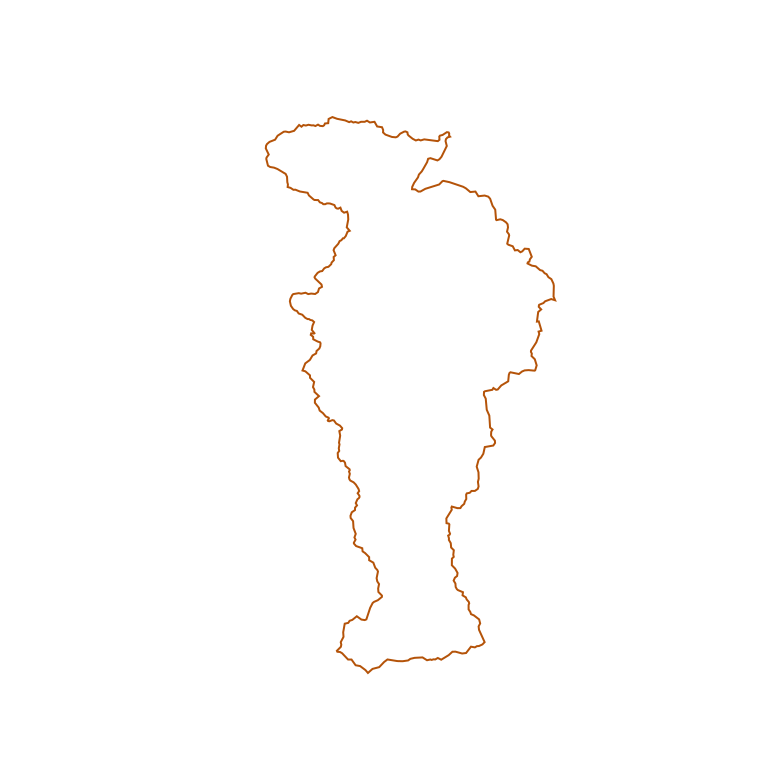 outline of Mae Tha, Lamphun, Thailand, rotated 132°
{"feature_id": "78962969B72300277580274", "entity_name": "Mae Tha", "entity_type": "district", "adm_level": 2, "iso_a3": "THA", "parent_name": "Thailand", "parent_adm1": "Lamphun", "projection": "albers", "projection_center": [99.085, 18.376], "detail": "fine", "context": "isolated", "style": "outline", "palette": "amber", "viewbox_px": 768, "rotation_deg": 132, "n_neighbors": 0, "source": "geoboundaries", "source_scale": "gbopen_adm2", "svg_char_len": 6166}
<svg xmlns="http://www.w3.org/2000/svg" viewBox="0 0 768 768"><g transform="rotate(132 384 384)"><path d="M248.3,620.4L256.0,620.2L260.5,623.0L262.2,626.0L263.6,627.3L270.7,629.2L275.3,628.4L280.7,631.1L284.0,631.5L285.8,631.1L288.0,629.5L290.6,623.2L294.3,622.8L295.5,622.1L299.4,616.3L298.9,613.8L296.8,610.5L295.5,607.0L293.7,597.6L294.9,594.7L298.7,590.9L300.0,588.9L302.1,587.4L300.8,584.7L300.3,581.3L298.9,579.9L297.2,575.3L293.0,568.7L294.1,566.0L294.0,559.7L293.7,558.7L291.4,556.0L291.9,553.2L291.0,551.1L291.0,549.4L289.7,548.0L288.0,547.3L286.1,545.1L284.2,540.6L285.3,538.0L285.1,536.5L284.4,535.4L282.1,534.4L283.7,531.3L283.4,528.3L280.6,526.7L282.2,524.1L285.6,520.7L292.5,516.5L293.1,512.0L295.2,513.0L299.7,511.4L302.6,511.3L303.2,512.0L305.7,511.9L307.5,512.6L310.4,511.8L316.3,511.8L318.3,511.0L320.7,506.1L323.3,506.4L325.5,504.1L328.8,504.2L330.3,503.4L334.1,503.7L336.1,505.2L338.1,505.8L341.4,505.5L343.2,506.9L345.8,507.7L350.5,507.4L351.3,506.9L351.7,505.4L351.9,497.0L353.3,495.1L356.5,496.2L359.9,494.6L363.2,495.4L365.5,498.6L367.9,500.5L368.7,503.4L372.3,506.0L373.5,508.1L377.9,511.6L379.2,511.7L383.3,510.6L385.5,509.3L388.2,505.5L389.1,501.6L388.9,499.5L388.0,497.6L388.7,494.6L387.2,491.1L387.5,486.8L386.9,484.3L385.9,483.1L385.7,481.6L384.7,479.8L384.7,477.4L388.4,476.2L392.1,473.9L392.8,469.7L393.4,469.8L395.1,472.0L396.5,471.3L396.3,468.3L398.1,466.5L396.8,461.6L395.8,459.4L396.2,458.4L398.6,456.6L400.9,455.8L404.6,456.2L406.7,454.9L410.6,456.2L415.7,455.2L421.4,456.3L428.5,453.6L427.2,450.9L427.1,444.8L428.9,443.1L429.2,437.3L433.8,434.7L434.7,432.1L436.4,430.4L436.5,424.2L441.8,424.9L444.2,422.8L445.2,416.8L446.8,414.0L446.5,409.9L447.1,405.6L446.1,402.6L446.5,401.9L448.7,401.4L448.9,400.7L448.2,399.6L445.4,398.2L444.6,396.8L445.4,393.1L444.4,388.9L444.8,385.5L446.0,384.8L448.9,385.7L451.7,382.0L457.8,378.1L458.6,376.7L462.0,374.6L463.7,372.5L466.3,372.2L469.5,368.9L470.3,364.5L468.5,363.1L468.2,362.1L468.6,360.3L470.7,357.6L470.4,352.6L470.9,351.8L472.5,351.4L473.6,349.3L476.9,347.5L478.0,345.8L478.3,344.4L477.4,340.8L477.6,337.7L479.0,332.8L480.2,330.8L482.8,330.5L483.5,327.5L484.3,326.6L485.6,326.3L487.5,326.6L491.4,325.3L492.3,322.8L495.2,322.8L497.1,321.2L500.9,322.1L504.4,320.7L505.9,319.1L506.6,315.2L511.4,310.3L514.3,304.7L517.8,303.3L518.7,301.0L522.1,300.2L522.7,299.6L523.1,296.3L520.6,290.3L522.7,287.9L522.3,285.0L522.6,279.2L524.9,277.1L523.9,272.4L526.4,267.6L526.7,264.5L527.4,263.0L533.2,259.6L535.2,256.9L536.0,253.8L539.9,251.5L542.3,249.0L542.6,244.0L543.6,243.1L548.8,243.9L552.5,245.6L554.3,245.9L559.6,244.5L570.7,239.6L572.3,240.3L574.2,243.2L574.8,248.8L580.5,249.7L583.0,251.1L585.4,250.7L588.4,252.8L595.8,248.2L599.0,244.9L604.8,243.4L606.3,241.3L608.2,240.2L613.8,240.5L614.2,239.5L612.6,237.4L612.1,235.0L612.8,226.3L610.5,223.8L612.0,216.9L609.6,213.0L609.0,206.3L609.5,202.6L603.4,201.9L597.6,198.1L590.5,197.9L586.4,197.1L581.0,188.7L577.6,184.7L573.3,181.1L570.6,180.5L567.0,178.0L561.4,172.4L560.5,167.2L557.7,165.2L557.2,164.0L555.5,163.0L554.4,161.6L551.6,160.7L550.6,157.0L542.2,154.5L537.2,154.0L535.1,151.8L532.0,145.6L529.0,143.0L521.0,143.6L518.9,140.2L516.6,139.5L515.2,138.1L511.7,136.6L508.5,136.5L503.1,148.9L500.8,151.5L497.6,152.3L495.3,155.8L495.8,162.4L496.8,165.3L495.6,167.5L494.9,170.3L491.6,173.3L490.0,173.9L489.2,175.2L488.8,178.4L487.8,180.4L488.5,184.2L485.9,186.0L487.7,191.2L487.7,192.6L486.9,194.9L484.5,197.4L483.5,200.7L480.5,201.7L477.8,201.2L475.2,202.9L473.6,207.6L473.3,212.3L468.3,216.7L465.8,216.5L464.6,218.2L460.8,220.9L460.6,224.7L457.6,227.9L456.5,231.4L455.1,232.6L453.7,234.9L452.0,234.4L451.1,234.7L449.7,237.5L444.6,241.5L444.4,242.4L445.6,244.4L442.2,247.7L432.1,249.5L430.8,251.2L429.7,251.6L427.1,246.3L425.1,244.2L422.9,244.6L419.4,244.2L417.3,245.3L414.4,245.9L411.3,248.9L409.9,249.3L407.5,247.5L404.9,247.4L402.6,244.9L399.2,244.1L396.8,245.2L393.9,248.7L391.1,250.2L386.4,254.7L383.4,259.8L377.0,263.0L373.8,262.7L369.4,263.5L363.4,266.9L356.6,261.6L353.5,262.0L351.9,263.7L351.0,269.2L350.4,270.2L347.7,272.4L345.2,272.9L345.4,276.0L337.0,284.6L334.4,290.4L326.8,298.6L325.4,302.4L322.9,304.4L321.8,304.1L315.8,299.6L313.8,300.0L313.3,296.8L312.0,295.8L306.6,295.9L298.9,293.5L293.6,297.4L291.8,298.1L290.7,297.9L286.3,290.4L282.4,289.8L279.8,288.6L276.9,285.8L273.4,281.1L272.7,280.8L268.0,283.0L264.7,288.5L264.5,293.1L262.5,294.5L261.8,296.3L260.8,297.1L251.1,298.7L243.0,302.0L241.6,304.2L239.0,302.6L233.9,310.9L235.3,312.1L227.3,317.6L223.4,317.1L223.1,320.6L222.4,321.2L221.3,321.7L217.2,319.7L214.7,319.6L209.0,316.6L207.3,312.9L205.6,316.5L197.4,323.5L196.0,325.3L194.1,329.8L194.6,333.3L193.6,336.7L194.2,338.7L193.8,342.0L194.9,344.2L195.0,350.0L197.1,353.3L198.4,358.0L197.4,358.5L195.7,357.9L193.7,359.0L190.6,359.3L186.8,366.8L189.3,370.0L192.9,370.0L194.8,370.8L195.0,374.3L197.1,376.1L195.5,380.5L197.3,384.8L197.3,386.3L189.8,390.4L189.1,391.5L188.5,394.5L184.7,396.6L182.6,399.0L182.2,401.5L182.7,405.5L183.8,407.8L186.9,410.0L186.9,410.7L180.0,418.0L178.9,422.6L175.3,429.1L175.0,431.9L176.6,435.3L181.3,439.5L179.8,444.8L183.6,448.3L183.8,454.1L184.5,457.2L190.2,470.4L193.3,475.8L194.2,476.3L198.8,476.5L211.3,483.9L216.6,485.7L218.0,487.2L218.5,491.0L220.5,493.5L218.7,494.9L214.4,496.2L207.7,497.0L205.0,498.2L200.7,498.2L197.6,498.8L190.3,500.4L187.1,501.9L185.1,500.6L182.1,493.9L179.9,493.2L176.7,493.3L165.1,496.6L162.3,500.8L160.6,501.8L158.2,501.8L156.0,500.4L155.8,501.9L154.2,503.2L153.8,504.3L154.8,505.8L159.7,507.1L162.0,508.6L163.1,508.5L165.4,506.2L167.5,506.5L175.3,517.8L178.4,519.7L179.3,521.9L181.7,523.3L182.6,526.8L182.9,532.0L182.7,533.3L181.3,535.0L181.9,537.0L183.0,537.9L187.2,539.5L191.1,539.5L192.8,540.3L195.1,543.4L197.7,549.8L197.7,553.0L195.8,554.6L194.5,557.3L197.2,561.4L195.5,566.5L199.1,569.5L199.7,572.8L202.1,573.8L204.5,576.5L207.1,577.8L208.5,580.6L210.2,581.8L210.8,584.2L212.7,585.1L214.1,589.2L218.3,596.3L220.2,601.0L224.1,602.5L227.5,600.0L229.9,602.2L231.8,601.6L233.3,602.0L235.0,604.3L235.4,606.6L238.2,607.6L238.9,609.4L240.3,610.9L241.9,613.6L244.2,615.0L245.5,617.2L248.0,617.5L248.3,620.4Z" fill="none" stroke="#b45309" stroke-width="2"/></g></svg>